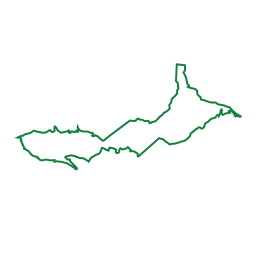 Moravia, San José, Costa Rica, rotated 46°
{"feature_id": "36466004B8745227271040", "entity_name": "Moravia", "entity_type": "district", "adm_level": 2, "iso_a3": "CRI", "parent_name": "Costa Rica", "parent_adm1": "San José", "projection": "orthographic", "projection_center": [-84.02, 10.01], "detail": "fine", "context": "isolated", "style": "outline", "palette": "green", "viewbox_px": 256, "rotation_deg": 46, "n_neighbors": 0, "source": "geoboundaries", "source_scale": "gbopen_adm2", "svg_char_len": 5801}
<svg xmlns="http://www.w3.org/2000/svg" viewBox="0 0 256 256"><g transform="rotate(46 128 128)"><path d="M116.1,48.7L127.6,60.9L130.0,60.8L131.6,62.1L132.3,62.4L132.6,62.6L132.6,62.8L133.1,63.5L134.4,64.2L134.7,64.5L134.9,65.1L135.0,66.1L135.4,66.9L135.8,67.3L137.3,68.5L137.6,71.8L137.5,76.0L139.8,79.8L140.1,82.1L141.3,83.4L141.9,83.8L142.9,84.3L143.1,84.9L143.2,86.4L142.9,87.5L142.9,88.9L142.0,91.4L142.0,91.9L142.2,92.3L142.3,93.1L142.3,95.2L142.0,96.3L142.0,98.1L142.0,98.9L142.2,99.5L142.2,103.1L141.4,105.1L140.4,106.8L140.3,107.5L139.9,108.6L139.8,108.9L139.4,109.1L137.8,108.5L137.1,108.5L136.6,108.8L135.6,110.2L134.9,110.8L133.8,111.5L132.4,111.8L132.0,112.1L131.2,112.7L130.4,113.5L129.8,113.9L128.8,114.0L128.3,114.1L128.1,114.5L127.9,115.5L128.1,116.9L128.1,117.7L128.0,117.9L127.5,118.1L127.1,118.4L126.7,119.2L126.2,119.8L124.8,120.7L124.0,121.4L120.7,147.6L120.2,154.0L119.7,155.0L117.9,155.1L117.7,155.2L117.0,155.2L116.9,155.4L116.3,155.4L115.7,155.6L114.6,155.6L113.9,155.4L113.5,155.4L112.1,156.0L111.1,156.2L110.7,156.6L110.4,157.2L110.3,158.2L110.0,158.6L109.6,158.9L109.1,159.1L108.6,159.1L108.5,158.5L108.7,158.2L108.7,157.6L108.5,157.3L106.7,157.0L106.4,157.1L105.9,157.9L105.4,158.3L104.1,158.8L103.7,158.9L103.1,159.2L102.3,159.7L100.7,161.4L99.8,162.2L99.7,162.4L97.8,163.7L96.9,164.1L96.3,164.2L94.0,164.2L92.5,163.5L93.0,164.2L94.9,165.3L96.0,166.8L95.8,167.0L95.4,167.1L94.2,167.1L93.9,167.3L93.9,168.1L94.1,168.6L94.1,169.2L92.5,170.3L91.5,170.6L91.4,170.7L91.1,171.3L91.1,171.6L91.5,172.9L91.5,173.1L91.2,173.4L90.0,173.6L89.6,172.7L89.2,172.4L88.6,172.3L88.5,173.5L88.4,173.7L87.2,175.5L87.0,176.0L86.5,176.8L86.2,177.1L85.6,178.5L85.0,179.2L84.3,179.7L83.1,179.7L82.1,180.1L81.4,180.2L80.6,180.2L79.3,179.7L78.6,179.5L77.5,179.4L76.2,179.5L76.4,180.3L76.9,181.0L77.7,181.7L78.5,182.2L79.2,183.1L79.1,183.9L78.6,184.7L78.5,185.1L78.2,185.5L77.9,185.6L75.5,185.5L74.9,186.6L74.4,189.5L73.8,190.6L72.6,192.2L72.1,192.7L71.6,193.0L70.8,193.6L67.3,196.1L65.0,197.2L64.7,197.5L64.3,198.3L64.0,200.4L63.5,202.0L62.6,203.5L62.0,205.1L61.4,205.7L60.9,206.8L60.6,209.0L60.4,209.4L59.6,210.1L58.2,214.0L59.0,213.4L59.3,213.2L60.3,212.3L60.9,212.1L61.2,212.1L62.1,212.7L62.2,213.7L63.6,213.7L63.7,214.2L64.0,214.4L66.8,215.1L66.9,215.5L67.1,215.7L70.0,216.2L70.3,216.9L70.5,217.1L71.0,217.2L71.4,217.0L71.7,216.5L73.1,216.4L74.5,215.9L75.3,215.7L77.7,215.7L78.5,215.8L79.0,216.0L80.4,216.0L81.1,215.7L81.9,215.7L82.9,215.1L83.5,215.0L83.9,214.6L84.5,214.1L85.1,213.9L86.4,214.0L86.6,213.6L86.6,213.2L88.2,213.6L89.5,213.5L91.5,212.5L91.9,211.9L92.3,211.0L94.2,208.5L95.8,207.4L96.9,206.8L100.0,203.3L100.2,203.8L101.2,204.4L102.3,202.6L106.5,199.0L108.7,197.9L109.4,197.3L110.0,197.0L110.9,196.4L118.6,194.4L121.2,194.3L122.0,193.5L121.7,193.1L121.1,192.6L111.8,192.7L111.2,192.2L110.2,191.7L108.8,193.3L108.2,193.4L105.5,193.4L105.5,192.8L105.6,192.6L105.6,192.2L105.8,191.8L107.0,189.9L107.5,188.9L108.3,187.8L109.1,187.1L109.7,186.9L110.3,186.4L110.5,186.4L110.6,186.2L111.5,185.6L112.2,185.5L112.5,185.2L112.9,185.2L113.4,184.9L113.6,184.9L114.3,184.3L115.9,183.7L116.7,183.1L117.5,182.1L118.4,181.5L118.6,181.5L118.8,181.2L119.4,180.9L122.4,180.2L123.3,179.8L124.8,179.7L124.7,179.1L123.9,176.2L123.9,174.6L124.0,174.2L124.4,172.5L124.7,171.9L124.7,171.0L124.9,170.2L125.2,169.2L125.7,168.2L125.9,168.1L126.3,167.3L126.3,165.5L125.9,164.3L125.8,163.9L124.6,161.4L124.3,160.5L124.7,160.0L126.5,159.4L127.8,159.1L128.1,158.9L128.7,158.8L128.7,158.6L129.4,158.4L130.1,157.9L130.7,157.8L130.8,157.7L130.7,157.5L129.5,155.7L129.5,154.8L129.8,154.4L130.3,154.3L130.6,154.0L130.8,154.0L131.3,153.5L132.7,152.5L134.8,151.8L135.6,151.7L136.0,152.7L136.6,153.3L137.3,153.6L137.9,153.6L138.5,153.2L138.9,152.6L139.2,151.5L139.2,151.1L137.9,149.7L137.5,148.9L137.3,147.7L137.4,147.4L138.8,147.2L139.6,146.9L139.8,146.7L140.9,144.2L141.6,143.5L141.7,141.4L144.9,141.3L145.3,141.4L146.0,142.3L146.5,142.5L146.7,142.4L146.9,141.3L147.4,140.8L147.5,140.7L147.3,141.0L148.3,140.6L148.7,140.2L149.4,139.8L150.7,139.4L151.2,139.4L151.8,139.0L153.2,138.9L153.8,139.6L154.6,140.1L154.9,140.5L155.3,140.5L155.7,140.0L156.9,112.8L160.9,110.4L164.4,110.4L165.7,109.7L168.6,109.6L169.1,108.6L170.5,106.7L170.7,106.4L172.1,104.8L173.0,102.7L174.1,100.9L174.5,99.9L176.3,96.3L176.6,95.5L176.9,93.8L177.0,89.9L176.8,89.4L176.8,88.9L176.6,88.4L175.6,87.0L176.1,79.6L176.3,78.7L176.6,78.2L176.6,76.7L177.6,75.8L178.4,75.8L179.7,75.4L179.9,75.2L180.1,74.5L180.2,73.8L180.2,72.8L180.1,72.5L179.6,71.8L179.4,71.0L178.6,70.0L178.4,69.1L178.4,68.5L179.0,66.6L179.2,65.7L179.1,62.1L179.6,60.8L180.5,59.4L181.0,58.4L181.0,57.1L180.7,55.6L180.7,54.6L181.0,54.3L181.3,54.3L181.8,54.3L182.6,54.5L181.4,51.5L179.8,49.1L179.6,48.5L179.6,47.8L179.9,47.8L180.4,48.1L182.1,50.1L182.6,50.5L182.9,50.7L183.5,50.7L184.1,50.9L184.6,50.4L184.7,50.1L185.0,48.4L185.2,47.8L186.1,46.6L186.6,46.0L187.8,44.2L186.7,44.0L185.9,43.8L185.9,43.0L186.2,42.5L187.1,42.1L188.5,41.7L190.9,41.7L192.0,41.9L193.7,42.6L194.3,42.7L194.8,41.0L195.2,41.0L195.7,40.8L196.0,40.8L196.3,40.4L196.9,39.9L197.8,39.6L197.8,38.9L197.4,38.8L196.7,39.2L193.7,40.1L191.3,40.5L190.6,40.5L189.9,40.7L186.3,40.7L183.9,40.5L182.1,41.5L181.0,42.3L180.1,42.7L178.9,43.0L178.1,43.4L176.8,44.5L174.9,45.7L173.8,46.7L172.8,47.0L171.1,47.0L170.8,47.2L169.7,48.0L168.6,49.4L166.2,51.3L164.8,52.0L163.5,52.7L162.0,53.4L158.1,55.7L156.2,54.4L155.2,54.5L154.3,54.7L152.3,54.7L150.7,53.8L149.9,52.9L149.3,52.5L149.0,52.4L147.6,52.4L147.1,52.5L145.2,53.4L142.7,55.2L141.9,55.5L141.3,55.9L140.1,56.3L140.2,55.8L140.5,55.2L140.4,54.8L139.7,54.6L137.8,54.7L136.6,54.1L135.7,53.4L134.3,52.8L132.9,51.6L128.8,50.1L126.7,49.6L126.5,48.9L126.4,47.9L126.0,46.8L125.6,46.2L124.4,45.3L123.0,43.9L122.3,43.5L116.1,48.7Z" fill="none" stroke="#15803d" stroke-width="2"/></g></svg>